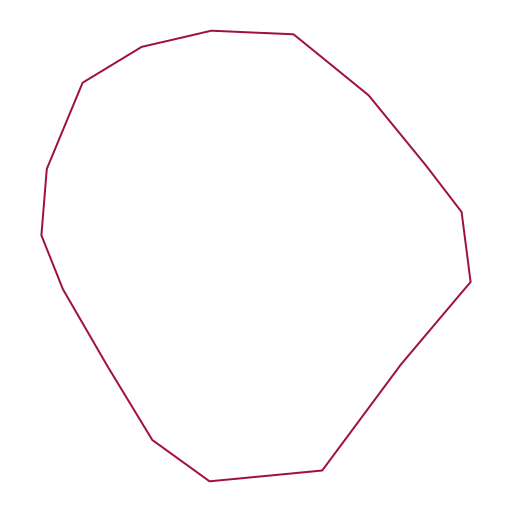 Shusha City, Şuşa, Azerbaijan
{"feature_id": "54616110B73470411147872", "entity_name": "Shusha City", "entity_type": "district", "adm_level": 2, "iso_a3": "AZE", "parent_name": "Azerbaijan", "parent_adm1": "Şuşa", "projection": "orthographic", "projection_center": [46.748, 39.738], "detail": "fine", "context": "isolated", "style": "outline", "palette": "rose", "viewbox_px": 512, "rotation_deg": 0, "n_neighbors": 0, "source": "geoboundaries", "source_scale": "gbopen_adm2", "svg_char_len": 355}
<svg xmlns="http://www.w3.org/2000/svg" viewBox="0 0 512 512"><path d="M240.5,32.0L211.3,30.7L141.6,46.9L82.6,82.7L46.8,168.9L41.4,235.3L62.9,289.2L107.6,366.4L152.3,440.0L209.5,481.3L322.2,470.5L400.8,364.6L462.0,292.1L470.6,282.0L461.6,212.0L425.8,165.3L368.6,95.3L306.0,44.4L293.5,34.3L240.5,32.0Z" fill="none" stroke="#9f1239" stroke-width="2"/></svg>